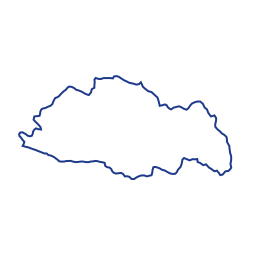 outline of Brazópolis, Minas Gerais, Brazil, rotated 277°
{"feature_id": "56859067B60324732973006", "entity_name": "Brazópolis", "entity_type": "district", "adm_level": 2, "iso_a3": "BRA", "parent_name": "Brazil", "parent_adm1": "Minas Gerais", "projection": "albers", "projection_center": [-45.631, -22.49], "detail": "fine", "context": "isolated", "style": "outline", "palette": "blue", "viewbox_px": 256, "rotation_deg": 277, "n_neighbors": 0, "source": "geoboundaries", "source_scale": "gbopen_adm2", "svg_char_len": 2686}
<svg xmlns="http://www.w3.org/2000/svg" viewBox="0 0 256 256"><g transform="rotate(277 128 128)"><path d="M174.0,121.2L174.9,118.3L176.3,115.4L177.6,112.9L178.1,110.4L177.5,107.9L175.4,106.9L175.4,104.1L175.0,101.1L174.6,97.7L173.2,94.8L173.2,92.1L173.7,89.8L171.8,88.8L169.2,89.4L166.6,89.4L163.8,89.7L162.1,87.3L159.0,87.0L156.0,85.2L156.3,82.9L156.9,81.0L157.7,79.2L158.7,76.7L159.3,74.2L159.6,72.0L161.0,69.8L162.0,67.1L161.9,64.5L160.5,62.9L158.4,61.7L156.7,59.8L154.8,58.2L153.1,56.9L151.2,55.6L149.9,54.1L148.9,52.1L146.3,51.0L142.5,50.0L140.5,48.3L139.5,46.2L137.9,43.8L137.0,41.2L135.9,39.7L133.6,39.0L131.2,39.0L129.3,38.7L128.7,36.4L128.0,33.6L124.7,33.3L122.9,35.4L121.4,37.5L120.0,39.1L118.1,41.1L115.9,41.8L115.9,39.0L116.4,36.7L114.9,35.2L112.8,34.2L110.7,34.2L108.5,33.4L107.8,31.6L108.1,29.5L109.5,27.2L110.9,23.7L110.2,21.3L108.5,20.7L106.7,21.3L105.5,22.9L103.8,24.4L101.6,26.8L99.3,26.4L97.4,25.6L96.9,28.6L96.6,31.4L96.0,34.0L95.4,36.4L95.0,38.8L94.4,40.8L93.8,43.2L93.1,46.0L92.5,48.1L92.8,50.3L91.5,52.2L91.2,55.1L90.1,58.2L89.0,60.0L88.0,61.9L86.6,63.6L86.5,66.1L87.0,69.0L87.7,70.8L88.0,73.1L88.4,75.1L87.9,77.8L87.8,80.8L88.4,83.2L89.2,86.5L89.1,89.2L89.1,91.4L89.4,93.4L90.2,95.2L90.6,97.4L91.3,99.2L91.4,101.5L90.9,104.5L90.9,106.7L90.6,109.1L87.8,109.9L86.6,111.8L86.5,114.4L85.2,116.4L83.2,117.6L82.0,119.0L81.3,121.5L82.0,124.3L82.6,126.7L81.7,128.8L79.6,130.7L80.0,133.3L79.7,135.3L77.9,137.6L78.1,140.3L80.1,142.6L81.2,144.3L82.5,146.9L82.9,149.8L82.3,152.7L83.3,155.1L84.0,157.1L86.4,157.5L89.6,157.5L92.2,158.0L92.7,160.0L92.3,162.4L91.8,164.4L90.8,166.5L90.2,169.9L89.0,172.8L88.1,175.1L87.8,177.8L88.4,180.5L90.1,181.8L92.5,182.6L95.8,184.9L98.8,185.6L103.3,185.9L105.0,187.3L103.4,193.1L104.9,195.8L105.1,198.4L105.6,200.5L102.7,201.3L102.1,203.9L100.3,207.2L101.4,209.9L98.6,213.2L97.6,215.5L95.6,219.0L96.5,221.5L94.0,224.1L92.5,225.3L93.3,227.6L96.9,230.0L97.6,232.9L99.5,234.4L101.2,235.3L104.8,234.1L108.7,234.3L112.7,233.8L115.7,232.4L122.7,230.6L126.4,227.9L128.6,227.6L131.1,226.9L132.8,224.6L134.2,221.6L135.8,219.8L137.4,217.2L139.6,214.7L141.6,214.1L146.1,214.5L148.5,214.3L151.0,212.3L149.6,208.9L152.7,205.9L156.1,204.1L157.6,201.6L159.3,200.5L161.0,199.5L163.0,196.6L162.8,193.8L161.8,191.3L160.1,188.5L157.7,186.9L155.1,185.6L153.3,183.9L153.9,181.1L155.0,178.7L155.8,176.1L154.8,173.4L153.7,170.7L151.7,168.5L152.4,166.5L153.6,164.9L155.3,163.6L155.9,161.8L154.8,159.4L153.9,156.8L157.1,155.6L159.6,154.6L161.9,153.5L163.5,151.2L165.0,149.1L166.5,147.0L167.0,143.7L168.9,140.4L170.7,137.8L172.9,136.5L174.9,135.2L172.9,133.6L172.1,130.9L172.7,127.7L173.0,123.8L174.0,121.2Z" fill="none" stroke="#1e3a8a" stroke-width="2"/></g></svg>